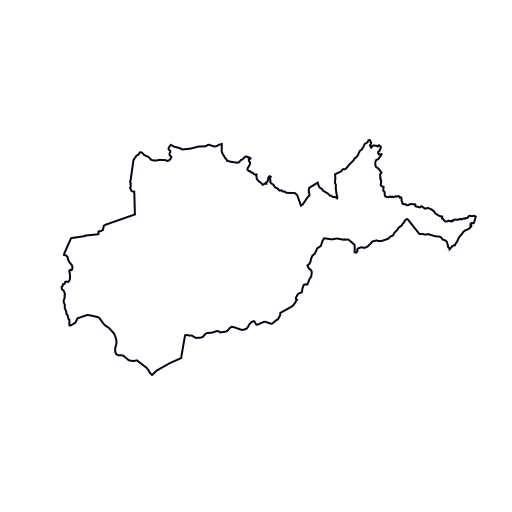 outline of Xochitlán de Vicente Suárez, Puebla, Mexico, rotated 213°
{"feature_id": "50627088B61548157381216", "entity_name": "Xochitlán de Vicente Suárez", "entity_type": "district", "adm_level": 2, "iso_a3": "MEX", "parent_name": "Mexico", "parent_adm1": "Puebla", "projection": "mercator", "projection_center": [-97.672, 19.934], "detail": "fine", "context": "isolated", "style": "outline", "palette": "ink", "viewbox_px": 512, "rotation_deg": 213, "n_neighbors": 0, "source": "geoboundaries", "source_scale": "gbopen_adm2", "svg_char_len": 6119}
<svg xmlns="http://www.w3.org/2000/svg" viewBox="0 0 512 512"><g transform="rotate(213 256 256)"><path d="M374.5,96.2L373.5,97.0L371.2,101.5L371.7,106.6L365.6,114.4L363.7,115.5L355.2,118.7L353.6,118.7L347.0,116.1L344.3,115.6L340.2,115.6L332.6,113.6L327.7,109.9L325.4,106.7L323.8,101.8L322.4,99.7L321.0,98.3L319.8,97.6L317.4,97.7L314.6,99.6L312.7,100.1L306.1,99.3L304.6,99.7L301.5,101.2L299.0,103.6L286.5,102.6L283.6,101.5L281.7,100.3L278.4,99.6L276.8,106.0L270.0,119.1L263.2,129.6L272.3,150.8L270.7,152.3L269.3,152.6L266.5,154.3L261.9,154.5L258.2,157.1L256.6,159.1L255.9,163.3L255.1,164.7L251.1,167.8L247.7,172.0L245.3,172.6L244.4,172.4L240.1,176.2L239.3,177.5L238.7,181.5L237.9,183.3L236.1,184.2L227.5,186.3L225.3,188.5L224.4,189.8L224.2,191.1L224.1,192.8L224.4,194.8L223.7,198.3L222.4,200.2L221.6,200.2L218.7,198.7L217.6,198.9L213.5,205.1L212.4,205.9L206.5,207.4L205.6,208.1L204.1,213.0L203.1,214.9L203.5,219.3L204.6,221.5L198.1,233.8L197.7,238.9L198.2,240.7L197.7,241.5L199.4,242.0L199.8,242.6L200.1,245.8L200.0,247.5L197.9,250.3L198.1,251.5L199.4,254.0L200.2,257.8L199.2,259.1L197.6,259.8L197.7,261.9L198.5,265.1L198.6,269.1L200.5,273.0L202.1,274.1L205.2,274.5L207.7,276.1L206.9,278.8L207.4,281.6L208.3,283.3L208.9,287.2L208.1,289.4L208.3,293.1L208.9,295.8L207.1,299.6L208.5,305.3L208.5,308.0L201.5,311.2L197.6,314.8L191.5,317.3L191.1,318.1L190.1,318.1L188.3,319.8L186.4,320.0L179.7,319.1L178.7,318.1L176.7,315.2L175.6,313.0L174.8,312.9L173.9,313.4L173.5,315.1L174.7,316.8L174.4,318.1L172.8,320.3L171.6,321.1L169.9,321.6L168.7,322.8L167.5,325.0L166.6,328.9L166.5,331.3L163.4,334.7L161.6,335.2L159.1,336.7L154.7,342.2L153.6,346.0L152.3,347.7L152.6,351.0L151.7,355.0L151.8,357.4L150.4,361.1L150.6,363.3L150.1,364.3L150.5,366.3L149.9,368.6L149.4,369.3L148.4,369.3L130.8,363.4L128.4,365.2L126.3,365.8L124.9,366.7L123.3,368.4L122.2,368.4L116.1,370.3L113.3,371.9L111.2,372.5L108.4,371.5L105.4,372.2L103.6,371.8L99.3,367.9L98.1,367.8L97.3,367.0L96.6,371.5L96.0,372.5L95.2,373.0L95.0,373.7L95.4,374.9L95.1,377.2L95.7,380.5L95.8,383.8L95.3,386.2L95.3,388.6L94.8,390.8L92.2,394.9L91.9,395.9L92.1,396.4L91.5,398.0L91.7,398.4L92.9,398.5L92.9,399.5L93.6,400.0L92.9,401.5L91.6,401.6L91.2,402.8L91.9,404.0L92.0,405.2L93.2,408.7L95.1,408.5L96.4,407.1L98.9,406.0L99.2,405.6L99.4,403.0L101.1,401.8L101.1,401.0L102.9,400.0L103.7,398.5L105.3,398.1L106.1,396.5L109.2,394.8L110.1,393.5L109.9,393.1L110.3,392.9L110.4,392.2L111.0,392.2L111.3,391.9L111.2,391.2L113.5,390.7L114.8,388.9L116.3,388.0L119.1,388.8L120.3,388.7L120.8,389.0L121.1,390.2L121.4,390.5L123.8,389.5L128.8,389.3L130.8,390.4L134.4,390.6L138.3,389.8L139.5,388.2L140.3,387.7L144.1,388.0L144.5,387.5L144.8,386.2L148.9,384.6L150.1,385.1L150.2,385.8L150.7,386.0L154.8,383.7L156.0,381.6L157.2,380.7L158.9,380.9L160.8,379.7L162.0,379.8L162.6,380.8L164.1,381.7L165.3,383.6L166.4,384.2L167.4,383.2L168.3,383.9L169.1,383.8L170.4,382.8L170.6,382.3L171.5,382.1L172.5,380.4L173.4,379.9L174.1,380.0L174.7,379.0L175.6,379.0L175.8,378.5L176.5,378.4L177.1,377.3L177.9,376.9L180.0,376.4L181.7,377.7L182.8,379.6L185.0,380.2L186.5,383.3L189.3,383.0L190.0,383.4L192.0,387.4L193.4,388.0L193.7,388.9L194.2,389.0L194.5,389.8L195.5,390.7L196.4,392.6L196.2,394.3L200.8,396.0L204.1,396.1L205.4,397.3L207.0,399.5L207.5,401.8L206.2,404.0L206.0,409.5L206.2,409.8L208.4,408.1L209.7,408.8L210.2,409.8L209.8,411.0L209.8,412.5L210.6,415.4L211.2,415.8L213.3,415.8L213.5,414.2L215.5,413.9L216.7,413.0L217.5,412.9L218.4,411.7L218.3,409.6L218.5,409.5L220.6,410.8L220.9,413.2L221.3,413.7L222.9,414.9L224.0,415.2L224.7,414.3L224.4,412.7L225.0,410.6L225.9,409.2L225.2,405.2L225.4,404.4L225.3,402.6L226.0,401.4L226.1,400.2L225.4,395.3L225.9,392.5L226.6,391.6L226.3,390.7L226.4,388.6L227.5,383.9L228.2,378.0L228.9,376.9L230.0,376.5L230.6,375.5L230.6,373.5L234.2,367.6L231.7,364.3L229.8,360.5L227.6,359.0L226.0,356.3L223.1,352.8L219.6,349.3L219.4,348.5L221.8,348.6L223.6,347.4L225.9,347.4L227.0,346.9L229.5,347.5L235.6,347.3L236.9,348.1L239.2,348.0L240.3,348.3L242.0,349.2L244.2,351.2L248.5,342.1L247.5,339.7L244.1,335.9L244.7,333.9L244.9,324.8L245.7,322.7L254.6,329.5L255.4,329.6L257.5,330.0L265.0,325.5L267.2,325.7L268.2,324.8L270.5,324.9L271.6,323.8L272.7,323.7L274.3,324.4L276.8,324.0L278.0,324.1L279.7,325.1L283.7,325.4L284.8,326.4L285.2,327.6L285.9,327.9L286.8,329.2L286.8,330.5L287.6,330.5L288.2,330.2L288.4,328.5L287.6,327.0L286.9,324.6L287.6,322.9L286.7,322.3L288.2,321.1L289.1,319.4L291.9,320.1L294.2,320.2L296.2,320.6L297.6,321.4L299.6,323.7L299.7,324.5L300.1,324.6L300.6,323.9L302.5,323.6L303.4,323.9L306.5,323.5L307.0,323.9L308.3,323.4L310.2,323.7L310.8,325.1L311.0,329.5L312.0,331.3L313.6,331.8L314.9,333.4L314.9,334.5L313.9,334.4L313.9,335.0L315.5,335.0L316.4,334.4L318.3,334.3L319.2,333.1L320.0,329.5L320.9,328.3L321.3,325.3L322.5,324.0L329.0,321.1L332.3,320.1L332.9,320.8L335.1,321.3L340.3,323.9L341.9,325.2L345.6,331.3L347.2,329.6L349.4,326.1L350.6,325.1L356.0,323.7L356.6,323.2L358.4,320.2L363.5,316.8L369.6,310.2L375.6,305.4L377.1,304.9L378.0,305.2L383.9,303.2L388.0,302.8L388.2,299.8L387.8,298.3L386.7,297.6L385.2,297.5L384.5,296.3L384.3,294.7L383.4,293.6L381.1,293.0L380.7,292.4L380.6,290.2L381.4,288.1L382.1,287.4L383.6,287.3L384.6,286.8L389.8,283.7L390.7,282.5L394.1,280.2L396.4,279.6L399.9,280.5L404.9,279.8L408.1,280.6L409.8,279.8L409.8,276.7L410.9,275.2L411.0,269.7L402.4,251.2L402.0,249.5L400.6,248.7L400.2,247.6L398.9,246.4L398.7,244.5L395.9,242.8L393.8,243.1L393.1,243.6L380.2,224.9L399.2,200.3L400.1,198.5L398.6,194.5L399.5,192.6L401.4,190.8L400.1,188.7L401.0,187.6L410.5,180.0L410.4,179.4L420.8,170.3L418.2,153.9L417.6,152.3L415.5,153.0L413.8,152.7L411.8,150.8L409.3,149.2L405.1,147.9L403.7,146.5L402.9,144.5L403.2,143.5L404.2,143.2L404.7,142.2L400.9,137.8L399.4,135.1L399.2,133.8L399.3,132.1L401.5,131.0L401.9,130.2L401.4,129.4L401.6,128.1L402.5,127.2L401.9,125.9L402.2,124.4L401.9,123.7L400.6,122.4L398.8,122.2L397.7,121.7L395.2,119.8L395.1,118.6L393.9,117.2L393.0,113.8L391.8,112.2L389.8,111.0L388.1,108.2L384.6,105.8L383.6,104.3L382.9,103.9L382.0,103.9L379.1,101.2L377.6,100.7L377.3,99.8L376.4,99.1L375.4,96.9L374.5,96.2Z" fill="none" stroke="#020617" stroke-width="2"/></g></svg>